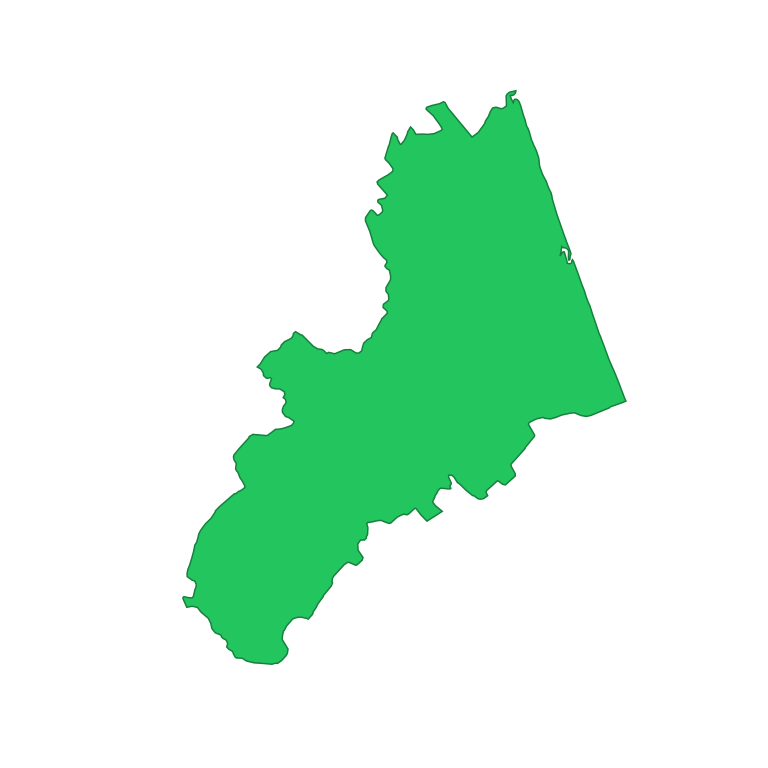 the district of Chiquimulilla, Santa Rosa, Guatemala, rotated 227°
{"feature_id": "79465075B27028234589447", "entity_name": "Chiquimulilla", "entity_type": "district", "adm_level": 2, "iso_a3": "GTM", "parent_name": "Guatemala", "parent_adm1": "Santa Rosa", "projection": "orthographic", "projection_center": [-90.323, 13.987], "detail": "fine", "context": "isolated", "style": "filled", "palette": "green", "viewbox_px": 768, "rotation_deg": 227, "n_neighbors": 0, "source": "geoboundaries", "source_scale": "gbopen_adm2", "svg_char_len": 6136}
<svg xmlns="http://www.w3.org/2000/svg" viewBox="0 0 768 768"><g transform="rotate(227 384 384)"><path d="M364.1,90.6L355.2,87.5L352.5,91.8L351.0,93.1L347.7,95.2L342.0,94.6L332.5,95.7L327.1,94.1L322.6,91.4L317.1,90.9L313.3,92.7L311.5,93.5L309.9,92.7L307.5,92.8L304.8,93.9L302.5,93.4L300.7,92.5L299.0,89.6L295.8,89.6L291.6,90.9L289.5,89.9L285.7,88.9L284.2,89.3L280.3,93.2L275.3,94.5L268.6,98.9L262.4,104.7L255.4,111.0L254.7,112.6L253.4,114.7L252.2,115.7L251.6,120.5L252.1,127.3L252.9,129.6L255.6,133.0L265.6,135.1L266.6,135.4L267.3,135.9L270.2,139.5L271.9,142.2L271.9,143.3L273.5,147.7L274.4,156.6L274.1,157.9L273.4,159.5L272.0,162.1L270.4,164.0L268.8,165.2L265.3,167.6L263.7,168.2L264.3,174.7L265.7,177.1L266.8,181.8L268.2,185.4L270.0,194.7L270.6,195.1L271.0,198.5L272.2,207.6L273.7,210.8L274.7,211.0L277.0,213.7L277.8,216.4L279.0,231.7L278.4,235.3L278.0,236.1L277.5,236.7L270.7,239.7L270.1,241.1L270.0,247.9L271.4,250.3L280.1,251.7L284.1,255.0L284.8,255.7L285.9,260.3L283.1,263.5L283.3,265.9L284.4,267.1L285.1,269.3L290.1,274.4L293.7,276.1L293.6,278.2L292.9,278.7L291.0,281.7L288.4,286.2L285.8,289.3L284.4,289.6L278.8,292.5L277.7,294.1L277.6,303.0L276.2,307.7L275.2,309.9L273.1,311.2L272.5,312.0L272.1,313.7L272.1,321.3L271.8,322.1L271.0,322.5L263.1,321.7L254.4,321.9L251.1,339.8L260.1,338.6L264.7,339.1L266.7,344.3L267.3,344.7L268.4,349.3L269.1,350.3L269.4,353.5L268.8,354.8L264.2,358.8L262.2,360.7L262.1,361.8L264.5,362.4L264.6,363.4L264.9,364.5L265.2,365.2L265.8,365.7L271.8,367.7L272.4,368.2L273.1,369.3L271.0,371.4L267.8,371.7L261.9,370.5L258.8,371.2L250.4,371.5L242.0,372.7L240.8,373.6L235.7,374.6L233.9,376.1L232.3,378.5L231.6,383.6L234.7,384.6L236.1,386.0L235.8,401.2L229.7,402.4L227.4,404.0L227.2,417.3L228.9,418.8L237.0,420.9L238.7,422.1L240.6,443.3L241.2,443.9L243.1,458.4L243.9,459.3L254.4,461.8L256.0,462.1L256.6,463.0L256.6,464.7L254.8,470.8L254.3,472.1L251.2,477.4L249.3,478.2L245.0,481.8L242.4,486.9L240.1,492.8L235.7,500.2L233.0,503.7L226.6,506.6L222.3,509.8L219.9,513.9L212.9,532.5L212.9,534.1L208.0,545.2L206.5,549.3L210.0,550.5L224.4,556.4L233.3,559.9L247.9,565.0L263.5,571.6L268.4,573.5L270.7,574.6L274.1,575.7L280.5,578.6L285.5,580.9L291.5,583.5L300.9,588.0L304.7,589.2L309.8,591.3L315.0,593.9L322.4,596.8L331.7,600.9L344.6,606.3L346.4,606.6L346.1,605.5L345.5,604.9L344.9,604.2L344.6,603.1L345.3,601.8L347.3,600.3L348.7,601.4L357.1,605.7L357.9,605.9L358.5,605.2L358.5,604.0L358.1,602.3L357.7,600.0L359.1,602.5L363.3,607.8L362.1,607.8L361.4,608.1L359.9,609.4L359.2,609.8L358.5,610.0L357.4,610.1L356.2,610.0L355.5,609.8L350.4,604.8L349.3,604.0L348.5,603.7L348.2,604.7L349.0,605.7L350.5,607.2L351.5,609.4L353.7,610.6L363.8,614.6L365.8,615.6L367.3,616.1L389.9,626.0L404.0,633.0L405.8,634.2L407.6,635.3L409.0,636.1L410.2,636.7L412.9,637.4L414.3,637.9L418.3,639.4L419.9,640.2L421.6,640.9L426.7,642.2L430.1,643.3L434.8,645.3L436.8,646.2L438.4,647.3L442.5,650.4L444.3,651.6L450.7,654.5L453.6,655.5L456.9,656.5L459.7,657.6L461.6,658.2L468.5,661.8L470.9,662.9L472.5,663.5L473.8,663.9L474.5,664.0L476.1,664.5L480.5,667.1L485.3,669.2L494.6,673.9L497.0,674.8L498.2,675.3L499.5,675.5L501.0,675.4L502.0,675.0L502.8,674.2L503.1,673.4L502.8,672.3L502.1,671.3L501.6,670.4L503.7,670.9L507.1,672.1L508.8,673.2L507.5,674.7L507.0,675.8L507.0,677.0L507.1,678.3L508.0,679.9L508.6,680.5L510.5,677.0L511.9,674.6L512.0,671.7L511.4,669.9L510.3,668.7L509.3,668.0L503.9,663.2L504.4,658.8L506.0,657.1L507.7,656.1L509.1,655.4L510.3,654.3L511.8,651.7L510.8,647.8L508.4,642.6L507.2,637.6L505.8,635.3L503.7,624.3L504.6,616.8L541.8,618.9L548.3,620.6L549.9,619.9L551.1,615.8L555.3,608.5L556.5,605.6L557.1,604.6L557.1,603.6L556.6,602.4L555.8,602.2L546.6,603.0L535.4,601.6L532.5,601.0L531.3,600.6L530.4,600.1L530.5,599.2L530.8,598.0L531.0,596.9L533.0,591.3L536.5,586.5L540.8,582.3L544.8,577.6L549.9,578.8L553.9,578.7L552.3,573.3L550.9,571.3L548.3,565.0L547.7,560.3L548.1,559.4L549.0,559.5L553.9,560.9L555.4,562.1L561.5,561.9L561.5,560.8L560.2,558.4L555.3,550.8L554.8,549.4L548.5,538.6L547.0,538.1L542.2,538.3L535.4,537.4L534.0,536.1L533.6,534.8L534.1,530.0L536.6,519.5L536.5,516.7L534.3,515.7L519.9,515.3L519.2,511.4L522.6,506.0L522.6,504.7L521.0,503.5L516.7,504.1L512.0,501.6L511.1,500.3L511.0,497.5L511.1,495.5L512.0,494.1L517.9,494.2L519.5,493.7L520.2,492.4L518.3,484.0L516.0,481.7L505.3,477.7L494.8,472.4L492.1,471.3L483.1,470.1L477.0,469.8L472.7,470.3L470.8,468.7L470.1,465.8L469.3,464.9L466.1,464.8L463.4,465.6L462.6,464.9L459.3,463.0L457.2,461.4L455.7,459.6L453.1,451.1L450.5,448.7L446.5,448.3L442.7,445.3L442.1,443.9L442.7,437.9L440.6,435.5L435.4,436.0L433.5,434.7L433.2,426.5L432.5,425.5L431.9,423.3L429.0,415.2L429.1,412.4L429.1,410.8L428.7,409.6L426.6,406.5L427.8,401.8L427.7,397.0L425.2,392.7L423.4,390.4L423.9,386.4L426.0,384.6L431.8,383.1L432.5,382.4L436.2,378.1L439.7,368.6L444.9,365.1L445.6,362.7L448.3,362.9L451.4,362.3L455.0,359.4L460.0,358.0L475.6,357.5L476.8,356.6L482.6,355.0L482.8,352.8L482.6,352.0L481.3,350.4L480.7,347.7L481.2,345.4L482.8,340.1L482.6,335.6L481.5,333.6L481.2,329.1L485.0,323.2L485.2,315.2L483.1,307.3L482.9,302.9L478.8,304.2L474.5,303.3L472.3,301.6L468.7,301.9L467.5,302.8L466.5,304.9L464.6,305.4L461.9,300.2L460.2,299.2L457.8,299.2L454.5,301.3L451.5,304.4L446.2,305.8L443.7,304.0L442.8,301.0L440.0,301.5L438.5,300.6L437.6,300.3L436.6,297.7L436.5,295.7L434.9,292.7L434.0,291.6L432.5,290.4L427.4,289.8L424.8,291.3L418.3,292.8L417.1,291.2L416.8,288.0L419.3,282.1L421.2,278.5L423.3,275.5L424.8,273.9L425.8,264.2L426.4,262.9L436.6,253.7L437.5,249.5L436.8,248.5L435.6,234.4L434.5,226.0L433.3,224.1L430.6,222.5L426.7,221.8L423.0,217.5L421.2,217.0L418.9,216.9L413.9,214.8L408.9,214.0L406.9,213.4L404.6,212.8L403.2,211.6L403.5,208.0L404.0,205.8L404.5,205.0L404.7,203.2L404.9,200.6L405.8,199.5L406.5,180.9L406.4,178.0L406.2,174.2L405.5,173.3L403.7,165.7L403.5,158.1L402.0,149.9L400.6,146.2L398.8,143.6L396.1,139.2L395.2,135.8L391.3,130.4L387.9,124.9L384.2,118.5L381.9,113.7L379.6,110.6L377.3,108.7L371.4,109.9L369.0,111.2L365.5,110.1L363.4,107.6L362.8,105.8L358.8,99.9L358.5,99.1L358.4,98.1L358.8,97.4L361.2,95.2L364.7,92.8L365.1,92.1L364.7,91.1L364.1,90.6Z" fill="#22c55e" stroke="#15803d" stroke-width="1.5"/></g></svg>